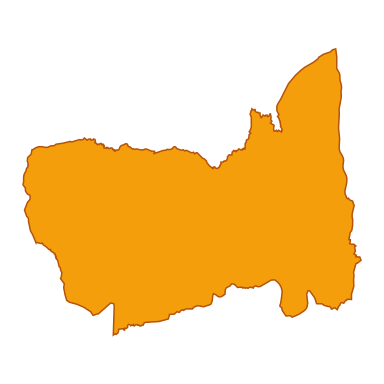 outline of Thap Than, Uthai Thani, Thailand
{"feature_id": "78962969B50893667221892", "entity_name": "Thap Than", "entity_type": "district", "adm_level": 2, "iso_a3": "THA", "parent_name": "Thailand", "parent_adm1": "Uthai Thani", "projection": "equal_earth", "projection_center": [99.816, 15.505], "detail": "fine", "context": "isolated", "style": "filled", "palette": "amber", "viewbox_px": 384, "rotation_deg": 0, "n_neighbors": 0, "source": "geoboundaries", "source_scale": "gbopen_adm2", "svg_char_len": 5994}
<svg xmlns="http://www.w3.org/2000/svg" viewBox="0 0 384 384"><path d="M335.7,48.9L332.5,49.8L330.4,51.9L323.4,54.3L319.0,57.1L317.9,58.8L313.7,62.1L304.7,67.3L300.4,70.7L295.4,75.4L288.5,83.6L280.8,99.0L277.6,104.3L276.7,106.9L277.0,108.6L276.8,109.7L277.2,111.4L278.9,114.7L277.5,116.5L279.0,118.4L279.4,120.2L280.2,121.3L279.9,122.1L280.4,123.0L280.4,124.5L280.7,125.0L280.5,126.5L282.0,129.0L281.6,130.1L282.0,130.6L281.5,132.0L278.5,130.2L277.5,131.6L277.0,131.4L276.4,130.3L274.8,131.1L273.8,130.9L273.6,128.6L274.1,125.3L270.4,123.0L271.9,121.2L270.7,119.6L271.1,117.1L270.4,113.9L269.9,114.0L268.8,116.1L267.9,116.7L267.2,116.2L267.1,115.1L265.6,115.2L265.0,116.2L263.0,115.0L262.0,117.0L261.2,117.7L260.7,116.3L260.1,115.6L260.0,113.0L259.0,113.1L258.2,112.3L257.0,112.5L255.2,111.4L255.4,110.1L254.9,109.5L253.3,109.9L251.9,108.8L251.8,110.3L251.1,110.7L250.1,114.3L251.3,117.1L251.3,126.9L250.7,129.1L249.2,131.8L250.8,133.2L249.1,134.6L248.8,138.2L248.1,139.2L246.5,140.0L246.0,142.5L245.2,143.4L245.1,148.9L244.3,149.1L243.9,148.4L243.4,149.1L242.9,148.7L242.1,149.4L242.1,149.9L241.5,150.1L238.8,148.9L237.6,150.4L236.5,151.0L236.3,150.8L236.1,151.5L235.2,150.8L234.2,151.1L234.1,150.6L233.5,150.5L232.9,151.7L232.2,152.0L231.8,155.1L229.7,154.8L228.5,155.2L228.4,155.9L227.5,156.7L227.4,158.7L226.6,160.1L225.7,161.1L224.2,160.9L223.0,162.2L220.9,162.1L221.0,164.3L220.0,165.1L219.8,166.6L219.3,166.7L218.6,167.7L216.9,168.5L215.3,168.0L214.8,166.9L213.7,167.0L213.2,168.5L212.5,168.4L212.3,167.6L211.9,167.7L209.3,165.7L206.9,162.6L206.4,160.9L204.5,159.0L202.6,158.2L197.1,152.7L196.1,152.8L194.7,153.8L193.5,152.2L192.5,152.7L191.0,152.6L186.5,150.3L184.6,150.9L183.3,149.7L181.9,150.3L178.8,149.4L176.9,148.6L175.9,147.3L175.0,146.7L174.3,146.7L173.1,147.4L172.7,148.3L171.8,149.0L169.3,149.6L167.0,149.3L166.1,150.2L163.3,150.4L156.3,152.8L154.9,152.8L154.2,153.8L154.0,153.7L154.6,151.3L151.5,151.1L146.4,149.0L144.4,149.2L143.9,149.8L140.7,149.9L136.5,148.9L134.5,149.4L133.7,148.8L132.2,148.9L129.9,146.9L128.2,146.4L127.4,144.1L125.3,143.7L124.6,144.4L121.2,145.6L120.2,146.6L118.8,149.7L117.8,150.1L116.9,149.9L115.0,151.2L114.2,150.7L114.8,150.0L113.4,149.4L112.9,149.6L112.6,149.2L112.6,148.6L112.0,148.0L111.1,147.9L108.8,148.6L107.7,147.5L106.9,148.2L106.5,147.7L106.3,148.1L104.0,147.9L103.8,146.5L104.2,146.6L104.4,146.1L103.3,144.3L102.8,144.2L102.8,144.6L102.0,144.9L101.0,143.4L99.9,143.7L99.5,144.4L98.2,144.1L97.5,144.7L96.2,143.1L94.9,142.8L95.4,140.8L94.9,139.4L93.5,139.0L93.2,139.8L91.0,140.1L90.7,139.9L90.6,139.0L88.3,139.2L87.2,140.2L84.3,138.0L83.6,139.2L81.4,140.0L79.5,139.6L71.7,142.0L70.3,141.4L63.5,143.1L56.1,144.2L53.5,146.0L51.4,145.7L46.8,147.5L41.6,146.7L38.7,146.7L35.5,147.9L32.5,149.8L32.0,149.7L31.1,154.2L27.6,157.6L27.3,161.2L28.3,164.3L27.8,164.9L28.0,165.8L27.6,167.5L27.0,167.8L26.2,169.3L26.2,170.5L24.5,173.5L23.8,175.8L23.6,177.4L23.6,182.1L23.0,184.4L23.2,185.2L25.2,187.7L25.5,190.9L26.0,192.0L27.7,194.3L29.6,195.0L30.2,196.5L30.0,199.4L27.5,202.3L24.5,210.1L26.7,216.3L28.4,218.2L28.5,221.5L30.5,230.9L32.6,234.6L36.1,243.0L36.4,242.4L41.2,243.6L42.3,243.1L43.0,244.6L46.8,247.3L49.1,249.6L50.5,249.5L50.4,250.3L51.3,251.4L54.0,252.9L54.3,254.0L55.2,254.1L55.4,256.0L55.8,255.9L56.3,257.0L56.2,257.7L55.8,257.6L55.8,257.9L56.7,259.4L57.2,259.5L57.9,261.1L59.1,266.6L60.2,267.5L60.6,270.0L61.8,272.6L61.4,276.2L60.8,278.3L60.5,278.6L64.3,283.7L63.7,287.7L65.1,294.9L66.7,300.4L69.4,302.2L77.0,304.3L83.6,307.1L90.9,311.9L92.7,315.0L93.4,315.4L96.7,314.0L98.3,313.9L110.8,302.9L113.8,303.8L114.2,306.4L113.3,335.1L115.1,333.7L116.1,334.4L117.9,333.0L118.6,330.9L118.6,329.3L122.9,328.7L123.7,329.8L124.5,330.1L124.6,328.2L125.7,328.6L127.1,327.9L127.7,327.1L127.5,325.7L128.5,324.4L129.8,324.7L130.7,325.8L131.7,325.0L133.0,325.6L133.6,324.6L134.1,325.7L134.6,325.8L135.4,325.0L137.2,324.6L137.9,325.3L138.8,325.0L140.0,326.1L141.7,325.6L142.8,324.7L143.2,325.0L144.1,323.1L145.2,322.4L159.0,321.5L168.3,319.0L169.6,314.4L174.4,314.1L177.0,311.6L178.8,312.4L179.7,312.1L180.4,310.9L182.4,309.7L183.5,310.4L186.0,308.9L192.5,308.9L193.9,307.2L197.2,305.8L199.4,305.9L203.5,306.8L210.2,304.6L211.1,303.9L212.2,300.9L212.8,295.5L213.4,293.8L215.9,294.8L218.4,296.8L220.9,296.8L223.2,295.6L223.6,295.0L224.9,294.5L225.3,289.8L226.2,287.9L230.2,285.8L231.6,283.9L233.1,283.9L235.0,284.8L237.6,287.5L239.7,287.2L242.5,287.4L242.9,288.1L244.4,287.6L245.4,288.3L246.4,287.7L248.0,288.3L249.9,287.1L253.4,288.0L253.6,287.0L255.2,286.0L256.1,286.0L257.7,286.7L260.0,286.6L271.2,280.1L274.8,279.9L277.7,282.2L279.6,284.4L281.2,287.3L282.2,291.5L281.3,299.4L280.5,303.7L279.9,305.4L280.1,306.6L281.9,307.8L281.9,309.4L282.5,310.9L286.0,316.0L289.5,315.7L290.9,316.1L292.1,317.2L298.5,314.5L303.5,311.3L305.7,309.4L307.0,307.1L307.7,303.2L306.7,294.0L307.6,292.0L307.8,290.9L308.8,290.6L309.7,290.9L314.0,296.8L315.0,298.5L316.4,303.2L316.9,303.8L322.0,303.8L324.2,305.4L328.5,306.6L329.7,306.5L330.9,307.7L331.3,309.0L332.1,309.1L334.0,307.9L335.0,307.9L337.2,309.7L338.9,306.1L340.0,305.0L340.7,303.0L341.7,302.6L343.8,303.2L345.0,301.2L346.0,300.6L346.4,299.8L347.5,299.7L347.9,299.2L351.5,299.5L351.5,294.2L353.8,286.3L353.6,279.5L354.0,275.3L353.5,272.6L355.9,263.7L357.5,263.1L361.0,260.3L359.8,257.0L355.9,256.8L356.3,255.2L355.3,255.0L354.9,254.2L354.0,254.0L355.3,251.2L354.6,246.4L355.8,245.9L353.8,244.2L351.3,244.3L349.6,243.5L350.2,242.1L350.3,239.7L348.9,239.6L350.2,232.6L351.8,230.3L352.6,225.5L352.7,219.9L352.1,216.6L352.2,213.8L354.2,205.3L353.1,203.2L352.9,201.6L352.5,201.0L350.2,200.2L348.2,198.2L347.6,198.7L346.9,198.3L345.0,193.5L344.9,191.0L346.7,182.7L346.9,178.5L346.2,175.5L343.7,170.4L343.2,168.6L342.9,166.5L343.6,160.5L343.3,158.3L342.3,155.8L339.8,151.5L339.1,148.4L339.6,138.4L338.5,128.1L339.3,113.9L339.1,109.0L341.1,98.1L341.3,96.1L341.0,91.5L341.6,87.9L341.3,84.9L340.0,80.2L339.8,74.6L339.0,72.4L337.4,69.8L336.7,68.1L336.8,57.1L335.7,48.9Z" fill="#f59e0b" stroke="#b45309" stroke-width="1.5"/></svg>